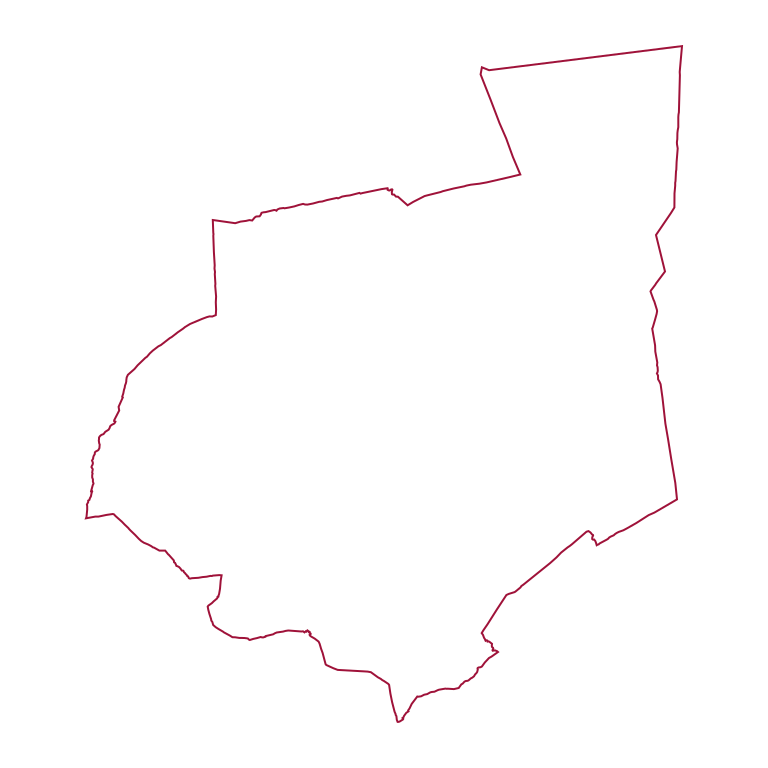 Darova, Timis, Romania (Equal Earth projection)
{"feature_id": "2599482B42801620719721", "entity_name": "Darova", "entity_type": "district", "adm_level": 2, "iso_a3": "ROU", "parent_name": "Romania", "parent_adm1": "Timis", "projection": "equal_earth", "projection_center": [21.73, 45.612], "detail": "fine", "context": "isolated", "style": "outline", "palette": "rose", "viewbox_px": 768, "rotation_deg": 0, "n_neighbors": 0, "source": "geoboundaries", "source_scale": "gbopen_adm2", "svg_char_len": 6069}
<svg xmlns="http://www.w3.org/2000/svg" viewBox="0 0 768 768"><path d="M397.6,721.9L398.5,721.9L399.7,721.5L402.9,719.5L403.2,719.0L402.6,718.4L402.5,718.0L403.3,717.6L404.1,715.8L406.3,712.8L408.4,711.4L408.1,711.0L408.1,710.5L409.5,708.5L411.7,703.9L417.3,696.5L418.2,696.7L421.1,696.3L424.2,694.7L427.2,694.1L430.2,692.4L431.6,692.0L434.5,691.7L437.6,690.2L439.0,689.7L445.4,688.6L446.8,688.8L447.6,688.7L453.9,689.1L458.7,688.0L461.3,684.4L462.7,683.6L464.5,681.6L465.8,681.0L467.6,680.8L468.5,680.4L470.8,678.4L472.2,677.7L474.0,676.3L475.1,674.4L476.4,673.1L477.2,671.9L477.8,669.5L477.5,668.8L477.7,668.0L478.5,667.5L480.6,667.2L481.9,666.5L484.8,662.5L489.0,658.0L491.5,656.6L498.0,652.0L497.1,651.2L495.1,650.4L492.7,650.7L492.5,650.3L492.6,649.9L493.1,649.2L493.3,648.7L493.0,647.7L492.4,647.4L492.0,646.9L491.8,645.9L492.0,643.8L489.3,641.7L488.1,641.3L487.6,641.5L487.4,640.7L487.1,640.4L486.5,640.3L485.6,640.8L485.4,640.5L485.2,639.6L484.0,637.7L483.0,634.9L481.7,633.1L483.5,630.1L487.5,624.3L496.8,609.6L506.4,595.0L508.8,593.9L514.6,592.1L515.4,591.6L520.5,587.4L521.3,586.1L523.3,584.7L550.1,563.1L556.5,557.4L561.1,552.6L567.6,547.4L569.7,546.0L571.9,544.3L586.5,531.7L588.5,531.1L590.5,532.5L592.1,534.5L593.0,535.0L593.1,535.6L592.5,536.7L592.2,537.8L592.2,539.0L593.1,539.7L594.1,539.5L595.3,541.0L595.9,542.5L596.7,545.2L597.5,544.7L598.6,544.4L599.7,543.4L606.8,539.6L608.2,538.7L609.1,537.6L610.7,536.6L613.7,535.3L615.1,534.0L616.8,532.9L618.8,531.9L623.3,530.3L626.7,528.5L636.2,523.1L648.7,515.1L654.4,512.6L677.0,499.4L675.3,482.9L671.2,458.8L668.1,439.4L665.4,423.7L662.5,398.0L660.6,384.2L659.5,381.7L658.1,379.3L658.0,375.5L656.9,373.4L657.5,372.3L657.8,370.8L657.6,367.2L657.0,365.3L657.3,362.5L655.3,351.6L655.1,345.7L654.9,344.2L652.2,328.5L652.7,327.7L654.9,320.2L656.6,314.0L657.1,311.2L656.9,309.8L654.3,301.4L653.5,299.7L650.5,291.4L651.0,290.4L655.4,284.6L656.0,283.5L665.0,271.5L656.0,235.0L670.9,213.1L674.4,207.5L674.5,193.4L675.2,185.7L675.2,182.8L675.5,181.1L676.0,171.3L676.3,169.8L676.6,162.1L677.7,148.4L677.0,144.3L676.9,142.1L677.3,139.1L677.4,133.1L677.7,130.4L678.3,127.2L678.3,117.1L678.5,114.5L678.9,112.3L679.9,75.2L679.7,72.0L682.0,46.1L489.1,70.2L481.9,67.3L480.6,74.4L490.7,100.0L499.5,123.1L506.2,138.5L512.9,157.0L520.3,174.5L509.7,177.1L486.7,182.4L479.4,183.7L470.8,184.7L466.4,185.6L464.3,186.3L453.6,188.5L442.8,191.2L440.7,192.0L426.7,195.5L424.5,196.1L423.0,196.9L413.2,201.9L407.6,205.3L397.9,196.7L396.0,196.6L394.1,194.6L392.4,194.5L392.0,194.2L391.8,192.2L392.4,189.7L392.0,189.3L390.8,189.6L389.7,190.5L388.7,190.4L387.6,189.8L387.5,189.1L387.8,188.4L388.4,188.1L381.6,189.1L362.7,193.0L360.5,193.6L359.5,192.9L349.9,195.4L346.3,195.8L342.0,196.6L338.3,198.3L337.7,198.3L336.9,197.9L326.8,200.1L322.2,201.5L319.2,201.8L313.0,203.5L307.4,204.6L305.0,204.5L303.1,203.9L298.7,205.0L294.3,206.4L289.2,207.5L284.5,208.3L283.6,208.0L279.6,208.5L277.4,209.5L276.5,210.7L275.2,210.1L274.1,210.0L265.6,212.1L263.6,212.3L261.6,212.8L261.2,213.4L261.0,214.4L259.6,216.3L256.2,216.5L254.7,217.5L252.2,220.5L249.4,220.1L246.0,220.9L240.5,221.6L235.2,223.2L212.8,220.0L213.3,233.1L213.5,234.0L213.3,235.7L213.9,252.2L214.7,265.3L214.5,268.6L215.0,272.0L214.8,274.1L215.4,283.9L215.2,285.8L216.1,296.6L215.8,302.2L216.1,309.5L215.8,315.1L212.3,316.5L209.5,316.4L206.9,317.1L202.1,318.9L190.2,323.9L185.1,327.0L183.0,328.7L177.9,332.2L171.6,337.1L169.8,338.1L160.8,345.1L158.4,346.3L152.8,350.6L149.8,353.4L146.9,356.8L145.4,357.8L137.6,365.3L134.5,369.0L127.9,374.8L126.7,377.4L126.3,380.2L126.3,381.3L125.9,383.2L125.0,385.6L124.7,387.7L124.0,389.8L123.3,393.4L122.2,396.8L122.8,397.4L118.6,406.8L119.2,410.5L114.2,420.2L114.1,421.0L115.4,421.6L115.2,422.2L114.3,423.5L111.5,425.0L110.2,426.2L109.5,428.2L108.6,429.7L105.3,431.8L103.5,434.1L101.4,434.9L100.2,435.9L99.5,436.7L99.0,437.7L99.0,439.1L98.8,440.6L99.2,443.3L99.7,444.6L99.4,448.1L98.4,450.0L97.9,450.4L95.6,451.6L94.9,452.4L94.7,454.3L93.9,455.5L93.5,456.4L93.2,457.6L93.1,458.7L92.0,460.6L92.7,462.1L92.9,463.2L92.6,464.6L91.6,466.4L91.5,467.2L92.7,469.1L92.7,469.9L92.5,470.5L92.2,472.5L92.2,472.8L92.6,473.6L92.2,475.0L92.2,477.5L92.9,479.3L92.9,481.7L93.4,483.1L93.5,483.7L92.8,485.0L91.0,491.5L91.2,491.8L92.0,491.0L92.2,491.5L91.7,492.5L90.9,496.4L89.9,498.2L89.4,499.9L88.2,500.6L88.2,502.1L86.9,504.5L87.2,506.1L87.2,509.7L86.5,516.9L86.0,518.3L95.3,516.6L98.4,516.6L106.6,514.9L112.8,514.0L113.9,514.3L115.6,516.1L122.0,521.8L124.8,524.7L128.5,528.2L128.8,528.7L130.4,530.4L135.1,534.9L138.9,538.9L141.2,541.0L143.8,542.7L148.2,544.5L151.2,546.1L153.0,547.4L154.0,547.6L159.4,550.6L165.2,550.6L168.2,554.4L168.7,554.7L173.8,560.4L174.1,562.3L175.1,562.9L176.0,564.8L176.4,565.9L177.4,566.2L179.0,567.0L180.4,568.5L181.8,570.5L183.2,570.7L183.5,571.0L184.0,572.2L185.0,573.1L185.9,574.3L186.5,574.7L187.3,576.1L188.1,576.4L188.8,578.1L189.3,578.4L190.1,578.6L191.9,578.2L198.4,577.8L202.4,577.1L206.7,576.7L210.4,575.9L211.9,576.0L212.9,575.6L219.4,575.1L221.6,575.3L220.7,580.5L220.0,588.8L219.1,594.0L218.5,595.7L218.4,596.7L218.0,597.0L217.6,596.8L217.4,597.0L217.5,597.6L217.1,598.4L213.6,601.4L211.9,603.1L208.4,605.6L207.7,606.6L208.3,609.8L209.4,613.9L211.1,619.1L211.3,620.6L212.3,621.9L213.2,625.0L215.7,627.2L218.5,629.0L223.1,631.7L223.8,632.3L229.9,635.6L232.4,637.2L235.2,637.3L239.2,637.9L244.2,638.0L246.8,638.3L247.9,638.5L248.9,639.6L249.8,640.0L253.3,638.9L256.9,638.1L260.7,637.0L262.1,637.4L263.3,637.4L265.5,636.7L265.6,636.1L273.2,634.3L274.8,633.3L276.7,632.5L283.0,631.6L285.6,630.9L288.3,630.5L301.6,631.5L303.0,631.3L304.5,632.4L305.9,631.2L306.5,631.6L307.4,630.4L309.5,631.9L309.1,632.4L310.4,633.3L310.7,633.9L309.6,634.9L310.0,635.6L311.1,636.5L314.7,638.6L318.6,641.6L319.6,643.7L321.1,648.8L322.6,652.9L325.6,664.2L326.3,665.0L333.3,668.2L337.7,669.9L364.5,671.4L367.7,671.6L370.9,672.2L377.9,677.3L380.8,678.9L382.3,680.1L383.8,680.9L388.3,683.9L389.1,684.9L390.4,693.6L392.1,702.1L394.6,711.8L395.5,713.8L395.7,715.0L396.4,716.1L396.8,719.8L397.6,721.9Z" fill="none" stroke="#9f1239" stroke-width="2"/></svg>